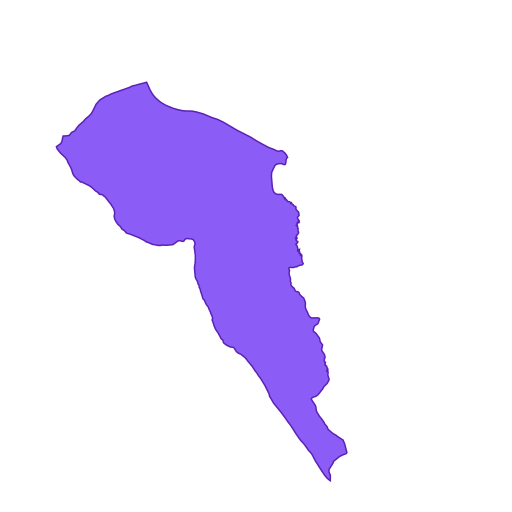 Nan, Louangphrabang, Laos, rotated 320°
{"feature_id": "54806243B77151952253527", "entity_name": "Nan", "entity_type": "district", "adm_level": 2, "iso_a3": "LAO", "parent_name": "Laos", "parent_adm1": "Louangphrabang", "projection": "equal_earth", "projection_center": [101.94, 19.329], "detail": "fine", "context": "isolated", "style": "filled", "palette": "violet", "viewbox_px": 512, "rotation_deg": 320, "n_neighbors": 0, "source": "geoboundaries", "source_scale": "gbopen_adm2", "svg_char_len": 6117}
<svg xmlns="http://www.w3.org/2000/svg" viewBox="0 0 512 512"><g transform="rotate(320 256 256)"><path d="M343.5,200.8L344.3,198.1L344.2,196.6L344.4,196.0L344.2,195.6L344.2,194.5L343.8,192.8L343.8,192.3L342.5,191.1L341.4,190.9L340.6,190.0L340.0,189.8L337.7,184.9L336.3,182.6L335.0,180.0L330.5,168.5L328.3,161.5L322.4,147.7L317.0,132.5L314.5,126.9L311.1,121.4L306.9,113.2L303.4,108.0L300.2,103.9L295.8,100.1L293.0,97.3L290.1,93.5L287.2,89.2L283.7,82.4L282.0,77.7L281.4,75.0L280.7,70.1L280.7,66.8L281.0,63.8L281.7,60.3L283.9,52.6L270.1,46.1L267.7,45.6L252.2,39.8L248.9,38.7L246.0,38.0L243.6,37.1L236.7,36.1L231.2,36.9L223.8,40.2L221.4,41.0L218.6,41.4L213.6,41.4L209.9,42.0L204.3,42.0L200.5,42.8L197.7,43.7L194.1,42.8L190.6,43.6L188.1,42.2L185.4,40.1L183.5,41.4L181.3,43.3L178.7,44.4L173.4,43.9L172.6,45.9L172.4,49.2L172.4,51.5L173.2,58.0L172.9,61.2L172.0,63.8L171.4,67.3L170.4,71.0L168.6,75.2L168.1,77.5L168.2,78.6L168.4,81.8L168.7,83.5L169.1,85.1L169.0,85.6L169.1,86.5L170.0,87.2L173.5,95.0L174.3,98.1L174.9,103.0L176.0,106.4L175.6,106.8L175.6,107.3L175.8,108.1L176.2,108.8L177.2,109.5L177.8,110.4L177.8,111.5L178.1,112.7L178.4,113.2L178.1,122.1L178.3,123.0L178.2,123.6L177.9,124.0L177.6,127.2L177.4,128.1L176.2,131.1L175.0,132.6L172.9,134.3L171.6,136.7L170.9,139.3L170.5,143.1L171.0,145.4L170.9,147.4L170.6,149.1L170.7,149.8L171.3,151.1L171.5,152.1L171.5,155.0L172.3,156.5L173.3,157.8L178.1,166.7L180.4,172.3L181.1,174.9L182.2,176.5L184.0,180.3L188.3,185.5L190.7,187.3L191.5,187.3L191.9,188.0L194.5,190.4L199.7,193.9L205.9,194.3L207.4,195.2L208.2,196.2L208.7,197.1L209.3,197.7L209.9,198.1L210.5,198.2L212.0,197.6L214.1,198.0L217.6,201.6L218.3,202.9L218.4,203.8L218.0,205.8L217.5,206.9L216.8,207.8L215.0,208.9L214.0,209.9L213.1,211.6L209.8,216.7L205.6,221.6L205.2,221.7L204.7,222.6L202.6,224.1L201.1,225.7L196.0,233.0L195.4,234.5L194.8,237.8L193.5,240.7L193.6,241.0L193.4,241.8L192.8,243.2L192.3,243.5L191.9,245.7L191.1,246.9L189.2,251.8L188.0,254.4L187.9,255.2L188.0,257.0L187.0,260.0L186.7,261.6L186.7,264.2L185.9,266.2L185.2,269.2L184.4,271.1L183.7,273.9L182.6,276.0L181.2,276.8L181.1,277.1L181.0,277.8L178.9,282.9L178.0,285.9L177.7,288.1L177.5,291.1L177.1,292.2L176.7,294.8L176.2,296.1L176.3,296.7L176.1,297.0L176.5,299.3L176.3,299.5L176.2,300.1L175.6,300.9L175.4,302.0L176.1,305.3L176.4,305.6L176.4,306.1L177.0,307.3L177.7,309.0L179.7,311.2L180.0,311.9L180.0,313.3L179.5,316.6L179.7,318.0L180.1,319.3L181.2,321.4L182.3,326.8L182.3,329.7L182.1,331.9L182.2,333.3L182.1,338.7L181.5,342.9L181.4,346.4L180.9,349.8L180.9,352.1L179.9,359.1L179.4,361.8L177.2,370.6L176.5,371.4L176.2,372.5L174.9,380.1L174.7,392.4L174.3,399.0L173.8,403.9L173.7,408.1L172.4,417.6L171.8,423.9L171.7,427.0L171.9,428.7L171.9,431.8L171.3,438.8L171.5,443.0L171.1,445.3L169.6,451.8L169.5,453.3L168.7,458.8L167.7,467.6L167.6,471.4L168.0,474.2L168.5,475.9L172.1,471.7L173.0,468.5L174.6,466.5L181.8,464.2L183.4,463.2L191.2,463.3L195.5,464.4L197.8,465.3L199.3,465.0L203.1,457.0L204.4,452.9L202.4,446.6L202.2,445.0L200.8,441.4L199.8,435.1L200.7,432.5L200.7,428.9L201.2,427.1L201.5,424.2L201.6,419.5L202.2,415.6L202.8,413.2L204.8,410.2L205.4,408.6L205.7,406.3L206.1,402.4L206.3,401.4L206.6,401.0L207.6,400.7L208.6,400.8L209.8,401.1L211.1,401.8L212.4,402.1L214.7,402.1L221.6,400.7L224.2,399.7L228.4,399.4L232.1,398.0L233.0,397.0L234.5,393.3L236.2,391.8L236.8,390.8L236.1,390.1L236.1,389.8L236.6,389.6L236.9,389.1L237.2,389.8L237.4,389.5L237.9,389.5L238.6,388.2L238.7,387.8L238.5,387.5L238.5,387.1L239.2,386.1L239.3,385.6L238.8,385.1L239.2,384.2L238.9,384.0L238.9,383.5L240.1,382.6L240.8,382.3L240.9,382.1L240.6,381.1L241.0,380.1L242.6,378.5L243.3,378.3L243.9,377.9L244.7,376.4L245.2,374.9L245.5,371.5L245.8,370.5L246.5,369.5L249.7,367.1L249.9,366.7L250.0,363.9L250.3,362.5L251.8,359.7L251.9,359.0L252.2,354.4L252.2,353.1L251.6,350.9L251.8,350.1L252.5,349.3L255.2,347.5L256.4,347.2L259.7,347.6L260.4,347.4L264.1,345.3L264.3,344.8L264.3,344.2L263.9,343.4L258.8,339.2L258.3,338.0L258.1,336.6L258.3,335.3L258.7,333.7L259.2,332.4L259.7,329.9L260.1,328.7L260.8,327.0L263.5,323.9L264.2,322.8L265.4,319.3L265.4,318.3L264.9,315.6L264.8,313.4L265.4,311.9L265.4,311.1L265.2,310.5L264.0,309.1L263.7,307.8L264.5,305.3L264.2,303.9L264.0,302.0L264.1,300.8L264.4,300.3L265.5,299.2L266.1,297.3L267.1,296.5L267.9,295.4L269.8,291.0L271.7,289.1L272.3,288.8L273.2,286.5L273.5,286.2L274.8,286.6L276.4,288.2L277.5,289.0L279.3,289.7L280.2,290.5L282.2,290.7L285.8,292.5L286.4,292.5L287.3,292.1L287.8,289.9L289.9,286.6L291.2,285.5L291.0,285.0L291.7,284.5L291.6,284.0L290.7,283.9L291.6,282.9L291.7,282.6L291.0,282.5L290.9,282.0L291.0,281.4L291.4,281.0L291.9,280.9L292.2,280.6L292.2,280.1L293.5,278.9L292.7,278.7L292.3,279.2L291.3,279.3L291.1,278.9L291.7,278.3L292.4,278.1L292.6,277.4L292.9,277.0L294.1,274.2L294.0,272.7L294.5,272.8L295.5,272.4L296.2,272.6L296.5,272.5L296.9,271.9L297.3,271.9L297.4,271.7L296.9,270.9L296.7,270.2L297.1,269.7L297.0,269.3L297.5,268.9L298.4,269.0L298.3,268.7L297.9,268.4L298.4,268.2L298.2,267.6L299.1,268.0L299.3,267.3L299.8,267.0L300.1,266.2L301.6,266.3L303.4,265.7L304.1,264.9L304.2,264.0L305.2,262.6L305.9,262.2L305.8,261.4L306.9,260.1L307.0,259.7L306.5,259.3L306.5,258.5L307.3,258.7L307.8,258.5L308.8,257.0L309.5,257.3L309.8,257.9L310.5,258.1L310.5,257.2L311.4,257.2L311.5,257.0L311.2,256.5L311.8,256.4L311.7,255.6L311.9,255.3L312.0,253.9L312.3,253.3L313.2,252.9L315.0,252.7L315.5,252.1L315.8,251.2L316.4,250.8L316.5,250.1L316.9,249.6L316.6,248.4L316.7,246.2L316.9,245.5L317.9,244.4L318.2,243.7L317.3,242.2L317.4,240.3L317.3,239.6L316.4,238.3L316.4,238.0L316.7,237.9L317.3,237.9L317.3,237.5L316.7,236.9L316.6,236.2L316.3,235.6L315.2,234.5L315.2,234.1L315.5,233.5L315.5,232.6L315.3,232.1L315.1,231.9L315.0,232.1L314.7,231.6L314.8,230.8L315.4,230.8L315.7,230.7L315.6,230.1L314.9,229.3L315.1,228.8L315.3,228.7L315.4,226.0L315.0,225.0L312.4,222.9L311.6,222.0L311.0,220.6L310.8,219.3L310.8,217.9L311.5,216.2L312.8,213.7L319.1,204.8L321.8,202.0L328.0,199.1L329.7,198.8L331.1,199.1L332.9,200.0L334.7,201.4L336.4,204.2L337.0,204.6L337.7,204.5L338.7,203.8L341.3,201.3L342.9,200.7L343.5,200.8Z" fill="#8b5cf6" stroke="#5b21b6" stroke-width="1.5"/></g></svg>